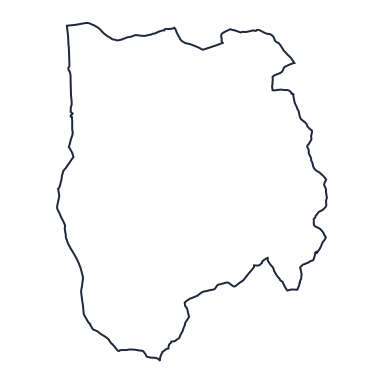 Blajel, Sibiu, Romania
{"feature_id": "2599482B21562101156069", "entity_name": "Blajel", "entity_type": "district", "adm_level": 2, "iso_a3": "ROU", "parent_name": "Romania", "parent_adm1": "Sibiu", "projection": "equal_earth", "projection_center": [24.338, 46.219], "detail": "fine", "context": "isolated", "style": "outline", "palette": "slate", "viewbox_px": 384, "rotation_deg": 0, "n_neighbors": 0, "source": "geoboundaries", "source_scale": "gbopen_adm2", "svg_char_len": 5835}
<svg xmlns="http://www.w3.org/2000/svg" viewBox="0 0 384 384"><path d="M287.3,290.5L289.2,290.1L291.4,289.5L297.3,289.7L299.2,285.2L299.8,282.8L299.6,282.7L299.8,282.3L300.2,280.6L301.1,279.2L301.2,278.6L301.3,275.8L301.5,275.5L301.6,274.8L301.5,273.8L300.7,269.7L300.1,267.5L301.6,265.8L303.0,264.6L304.8,264.1L306.1,263.3L307.7,262.9L310.5,261.1L312.3,260.6L313.3,260.0L314.1,257.8L314.8,255.4L315.1,254.4L315.6,253.5L315.2,253.2L315.1,252.9L316.3,251.8L317.1,252.6L317.8,251.5L319.6,249.1L321.1,246.2L322.0,243.7L322.8,242.1L324.7,239.7L325.5,238.3L325.8,237.1L324.2,234.8L323.9,233.6L323.4,232.8L321.0,229.8L319.9,228.8L319.2,228.3L315.3,226.5L314.3,225.6L313.8,224.2L313.8,220.6L313.7,219.1L315.2,217.5L315.9,215.3L316.6,214.9L318.2,212.5L319.5,211.5L322.2,210.2L323.3,209.4L325.6,207.0L326.1,205.9L326.3,205.1L326.3,204.5L326.0,201.5L326.1,201.0L326.4,199.3L326.9,197.8L326.7,196.8L326.5,195.2L326.1,193.1L325.9,188.9L324.4,185.6L324.1,184.5L324.5,183.3L325.0,181.8L326.2,179.7L325.3,178.3L323.7,176.3L320.4,173.4L319.6,172.5L317.5,171.4L315.4,169.9L314.0,168.1L313.6,167.3L313.1,166.1L312.5,163.1L311.3,160.5L311.2,159.9L310.9,157.8L308.7,153.1L308.8,151.3L308.6,149.8L308.2,148.7L307.4,147.1L307.2,146.4L307.3,145.7L309.0,143.7L311.4,139.4L311.4,138.5L311.1,136.2L311.3,134.8L311.7,133.9L312.0,131.9L312.0,131.0L311.8,130.4L310.0,129.1L308.3,127.4L307.3,126.2L307.0,125.0L306.5,124.0L305.3,122.6L302.3,120.2L300.6,118.7L299.4,115.0L298.6,110.9L297.4,109.0L296.7,106.9L295.3,104.2L294.8,102.8L294.4,101.5L293.4,96.3L293.3,95.6L293.5,94.4L292.9,93.9L291.7,93.9L291.4,93.5L291.5,92.8L291.4,92.6L289.8,91.1L288.9,90.5L287.2,90.0L284.2,90.0L281.0,89.6L280.3,89.6L274.6,90.4L272.6,90.2L272.5,89.9L272.1,86.4L272.4,84.2L272.6,82.7L272.5,81.4L272.8,80.6L272.7,78.2L272.5,77.1L272.7,76.8L273.7,75.9L275.0,75.1L276.6,74.4L279.3,73.4L280.4,72.9L281.6,72.1L282.2,71.5L282.9,70.2L283.9,67.8L284.9,66.8L289.0,64.8L293.2,63.2L294.4,62.9L292.8,60.8L291.0,57.9L288.4,55.5L283.8,50.6L281.2,46.5L280.1,44.8L278.9,43.3L276.7,42.2L275.2,41.0L273.3,36.6L271.6,35.0L271.1,34.7L270.5,34.6L270.1,34.3L269.5,34.0L267.9,33.8L267.3,33.9L266.9,33.8L264.1,32.6L260.7,30.7L258.5,29.9L256.9,30.0L256.4,30.3L256.2,30.7L255.8,30.9L252.7,30.4L251.3,30.9L248.2,31.5L246.6,31.9L245.6,32.0L242.8,31.8L240.7,32.4L239.8,32.2L237.3,31.2L236.0,30.9L234.8,30.3L233.3,30.2L230.4,29.2L225.4,31.5L222.5,33.2L221.9,33.7L221.6,34.2L221.2,35.2L221.2,36.5L221.3,37.3L221.7,38.2L221.6,40.8L222.0,42.0L222.7,42.9L215.8,45.5L203.1,49.7L200.9,48.9L199.7,48.1L196.9,46.8L191.7,44.7L189.5,44.0L185.1,43.0L182.1,41.2L180.6,39.7L179.9,38.6L178.9,36.6L176.8,32.8L175.6,29.5L174.4,27.8L173.0,28.4L171.1,28.8L169.0,29.0L166.5,28.9L165.6,29.0L164.5,29.5L164.2,30.4L163.0,30.4L161.9,30.6L158.1,31.9L155.4,33.3L152.8,33.8L150.6,34.8L149.2,34.8L145.5,35.8L144.2,35.9L141.8,35.8L136.1,35.1L135.0,35.2L131.0,36.7L127.5,37.3L126.3,37.7L124.6,38.5L123.1,38.8L122.0,39.5L118.3,40.3L117.3,40.4L116.4,40.2L115.0,39.7L113.3,39.5L112.2,39.2L110.1,37.6L108.6,36.9L106.9,35.8L103.7,33.3L101.0,30.5L100.5,29.7L99.6,28.9L96.9,26.9L95.1,26.0L94.2,25.3L92.1,24.6L90.0,23.5L87.8,23.0L85.8,23.0L75.1,24.9L66.9,25.7L68.1,36.6L68.5,45.3L68.8,46.9L69.3,60.8L69.4,65.3L69.2,66.7L68.5,67.5L68.4,68.1L68.4,69.0L68.7,70.2L69.4,71.1L69.8,72.0L70.4,74.3L70.6,76.3L70.6,80.4L71.0,95.0L71.4,99.1L71.7,102.3L71.6,104.9L70.8,107.4L70.7,111.9L72.6,113.6L72.1,114.2L70.8,115.3L70.6,116.0L70.8,116.7L71.1,116.9L71.9,117.0L72.2,121.4L72.2,129.3L72.7,132.3L72.7,133.3L72.2,135.7L70.9,139.3L69.7,144.2L68.8,146.9L69.9,148.6L71.9,152.2L72.9,154.8L73.5,157.0L71.3,159.9L69.1,163.3L66.7,166.6L66.1,167.6L65.4,168.5L63.4,170.7L63.4,171.3L62.9,172.2L62.4,174.4L62.1,174.7L61.5,179.3L59.9,185.9L58.7,188.4L58.0,188.9L58.3,189.4L58.6,192.0L58.9,193.2L59.1,194.6L59.2,196.6L57.3,205.4L57.1,206.7L57.1,208.2L58.1,210.6L58.9,211.9L61.2,217.4L63.4,221.6L65.1,225.4L64.8,228.0L64.8,229.5L65.8,235.0L65.8,236.7L66.0,238.1L66.9,240.0L67.4,242.1L68.5,244.4L70.8,248.7L74.1,254.1L76.5,258.6L78.5,262.6L80.6,268.0L82.5,275.2L82.9,277.2L83.0,278.7L82.4,282.6L82.0,286.3L81.6,288.1L81.2,290.4L81.1,291.7L81.2,292.8L82.3,301.4L82.9,304.9L83.7,313.5L83.9,314.3L84.7,316.0L87.8,321.4L88.9,323.1L89.4,323.3L90.3,324.2L90.4,324.5L90.2,324.8L90.3,325.1L91.7,327.3L92.7,329.2L97.5,331.4L100.4,333.7L105.2,336.7L108.0,338.7L111.3,343.4L112.4,344.2L113.3,345.3L114.0,345.9L116.3,348.9L118.0,350.8L119.1,351.0L120.2,350.2L121.0,350.1L126.9,350.0L128.2,349.6L131.6,349.5L134.0,349.6L138.7,350.4L142.3,350.8L143.2,351.3L144.0,352.2L145.5,354.2L146.1,355.3L146.3,356.1L147.1,356.8L150.6,357.6L154.9,357.8L156.3,358.1L158.5,359.0L159.1,359.5L159.8,361.0L159.9,359.5L160.3,357.2L161.6,353.6L162.5,352.2L162.4,352.0L166.1,349.2L166.9,348.8L168.5,348.5L168.4,348.0L168.9,344.9L169.2,344.4L170.9,342.8L171.1,341.9L171.2,341.7L171.7,341.5L173.7,341.4L175.3,340.8L176.7,339.7L178.3,338.7L179.4,337.9L180.0,335.9L180.5,334.9L181.3,333.6L181.4,333.0L182.5,331.5L183.0,329.5L185.0,324.7L185.0,323.7L185.5,322.5L188.8,317.4L189.0,316.9L188.8,315.7L187.1,308.8L186.9,308.1L186.6,307.7L185.1,305.8L184.7,302.7L185.3,302.0L186.8,300.7L190.3,298.5L192.2,297.9L197.5,295.6L201.1,292.8L202.5,292.0L204.0,291.5L206.4,291.1L209.7,290.2L214.0,289.4L214.8,288.9L217.5,285.1L217.9,284.8L219.0,284.5L223.5,283.4L226.1,282.6L227.9,282.5L228.6,282.8L230.5,284.3L233.2,286.2L234.2,286.5L235.1,286.3L235.7,286.0L239.2,283.0L243.1,280.5L243.6,280.0L247.8,274.6L254.0,267.2L254.0,266.1L254.1,265.3L257.1,265.6L258.2,265.5L259.2,265.2L260.0,264.7L262.0,262.9L262.1,262.6L262.0,262.1L262.7,261.1L263.7,260.2L266.1,258.6L267.0,258.1L267.7,257.9L267.8,260.2L268.1,261.0L269.0,262.6L271.1,265.5L272.3,266.6L273.5,268.6L274.0,270.9L277.3,276.3L279.5,278.7L279.9,279.7L280.7,280.6L282.6,281.9L283.3,283.6L284.9,286.8L285.4,287.8L287.3,290.5Z" fill="none" stroke="#1e293b" stroke-width="2"/></svg>